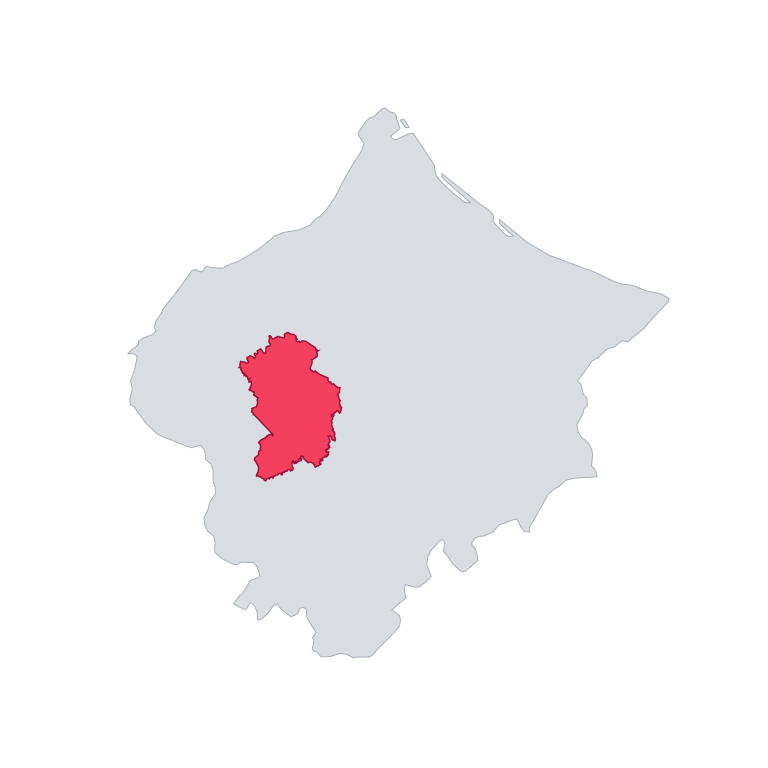 location of Hambol, Vallée du Bandama, Ivory Coast, rotated 225°
{"feature_id": "98640826B80955316471767", "entity_name": "Hambol", "entity_type": "district", "adm_level": 2, "iso_a3": "CIV", "parent_name": "Ivory Coast", "parent_adm1": "Vallée du Bandama", "projection": "natural_earth1", "projection_center": [-4.861, 8.622], "detail": "fine", "context": "in_parent", "style": "filled", "palette": "rose", "viewbox_px": 768, "rotation_deg": 225, "n_neighbors": 0, "source": "geoboundaries", "source_scale": "gbopen_adm2", "svg_char_len": 9738}
<svg xmlns="http://www.w3.org/2000/svg" viewBox="0 0 768 768"><g transform="rotate(225 384 384)"><path d="M212.1,168.3L214.2,168.2L219.6,166.3L224.6,162.2L229.2,153.5L235.4,146.5L242.4,147.0L244.5,145.7L247.0,145.5L249.9,150.0L252.8,153.6L254.9,153.6L256.5,160.3L269.2,163.1L274.7,164.9L279.3,169.7L280.9,169.8L282.9,168.8L284.4,167.1L284.7,165.3L282.7,160.9L283.6,157.0L285.6,153.5L288.9,153.2L293.9,152.3L299.6,152.3L303.8,152.9L305.5,149.4L303.9,139.5L304.3,134.1L305.0,129.5L306.6,127.6L312.9,133.4L318.7,135.5L322.9,135.6L324.0,134.5L322.3,128.3L322.7,126.4L324.3,125.3L327.0,124.6L334.4,122.1L335.1,122.6L336.5,132.5L335.9,135.7L337.4,142.5L339.3,148.7L339.2,151.2L337.6,155.1L335.7,158.7L335.9,160.1L338.9,162.5L344.5,165.0L350.3,165.6L353.6,162.0L357.0,159.0L359.3,156.4L360.1,152.4L363.8,149.6L374.4,146.0L384.1,145.4L386.5,146.6L390.8,152.1L396.4,155.8L404.9,155.3L411.0,157.6L416.4,161.8L419.9,171.1L423.9,177.8L425.6,187.4L431.7,192.4L436.5,194.7L443.1,201.6L449.9,205.2L456.9,204.4L460.2,208.0L465.4,210.6L470.6,210.8L475.2,202.7L481.3,199.6L496.7,193.2L502.8,190.3L508.9,188.4L523.7,187.9L537.5,189.8L544.3,191.3L549.0,190.2L553.4,194.0L558.0,202.0L561.8,204.6L565.6,207.3L568.5,213.6L571.8,219.9L573.7,222.7L577.8,228.8L581.4,228.9L584.8,226.3L586.3,224.3L587.0,228.4L585.7,235.0L586.0,239.1L587.9,240.6L586.9,245.9L582.8,254.9L582.8,260.2L586.8,261.8L589.7,267.4L591.5,277.1L593.2,280.3L593.4,282.3L596.3,305.5L600.0,328.9L597.7,332.0L594.5,332.9L592.5,334.0L591.9,336.1L593.2,339.3L592.4,342.2L588.4,344.3L579.9,351.7L579.3,354.6L577.0,361.0L575.2,364.8L572.4,372.0L568.0,390.9L566.3,406.6L566.1,411.4L564.4,414.8L562.4,419.7L553.1,433.1L548.4,444.1L549.0,448.9L549.2,453.7L547.8,457.2L548.1,466.4L549.3,474.2L550.9,481.8L557.7,503.4L561.2,516.5L563.4,527.1L565.3,534.2L567.1,537.1L567.9,539.8L577.9,541.8L579.8,543.3L582.6,557.1L582.1,563.3L580.1,565.7L580.2,570.9L579.8,577.5L578.3,580.1L572.7,580.4L568.9,582.9L563.9,581.9L563.4,580.3L560.7,579.7L553.3,576.0L554.5,564.0L551.0,563.5L548.4,565.1L543.1,579.4L540.6,581.9L503.5,574.5L495.4,568.5L485.8,567.2L469.0,567.9L455.1,569.6L451.1,573.3L486.1,571.1L489.9,571.5L491.7,573.7L447.4,578.5L430.5,581.3L425.5,580.5L421.7,575.9L403.4,575.4L399.6,576.9L397.3,580.2L404.6,579.5L416.0,579.3L419.0,581.9L383.3,585.3L358.6,591.7L348.1,596.5L313.6,612.2L292.5,619.6L287.0,622.4L277.4,630.0L265.1,634.9L251.3,643.9L242.9,645.9L241.0,643.0L240.8,627.8L239.6,607.3L240.1,599.5L241.2,592.1L241.2,586.0L245.4,583.7L246.5,581.2L247.2,573.2L251.1,566.0L251.2,553.4L252.3,550.7L253.2,547.4L251.6,539.1L249.4,523.5L248.3,522.5L247.4,523.2L245.2,523.4L236.5,518.0L229.9,517.1L225.2,512.5L224.9,507.3L222.6,504.2L221.0,498.1L218.7,491.2L212.1,487.0L205.9,485.9L201.5,486.8L196.3,486.6L190.4,484.2L186.4,481.6L182.5,476.5L178.9,472.5L176.1,473.0L172.6,472.0L169.2,470.2L168.0,468.7L182.4,452.5L187.3,444.6L187.8,439.8L187.9,434.9L189.5,429.8L189.9,422.2L182.0,394.4L180.0,385.8L177.9,383.3L176.5,382.4L180.5,378.8L186.1,379.7L194.5,382.5L196.4,379.8L202.8,365.8L202.7,360.5L202.0,357.0L205.8,347.4L208.8,343.6L210.4,339.6L209.9,334.2L207.6,332.1L204.7,332.5L201.1,331.2L195.7,328.0L193.0,325.2L193.8,312.5L194.3,308.6L196.3,306.4L199.2,305.7L207.6,305.4L214.4,306.8L220.4,307.6L223.6,307.6L226.2,311.4L229.6,315.2L232.6,315.2L233.7,312.3L233.0,299.8L231.0,293.2L226.4,286.8L214.6,281.4L214.4,273.8L215.6,265.5L218.1,262.5L226.9,257.2L225.4,254.4L222.6,251.4L217.0,248.4L218.3,238.5L218.6,229.7L213.9,230.7L209.1,231.2L205.0,228.4L201.6,223.1L201.0,208.4L201.1,191.4L200.4,183.8L201.8,179.8L205.9,176.1L210.5,171.3L212.1,168.3ZM559.1,582.1L557.1,585.4L547.8,583.3L550.0,580.5L559.1,582.1Z" fill="#d9dde1" stroke="#a8b0b8" stroke-width="1"/><path d="M394.7,333.2L395.5,333.9L395.8,334.5L395.7,334.9L396.8,336.2L397.3,337.5L398.1,337.5L398.9,337.0L399.2,337.5L400.3,338.2L401.5,338.5L403.0,340.4L403.3,341.3L404.2,341.3L405.4,341.7L407.8,343.3L409.4,343.9L409.6,346.5L412.7,350.3L414.1,348.8L417.6,348.4L418.8,348.7L420.0,348.2L420.3,347.7L421.0,347.1L421.9,347.3L422.5,347.0L423.1,347.7L423.6,346.7L425.5,346.9L426.5,347.3L428.0,348.6L436.3,345.3L441.4,344.6L441.7,344.7L442.0,343.9L441.6,343.4L443.3,342.6L445.5,342.3L446.6,342.5L447.5,343.1L449.7,347.9L452.0,350.1L450.8,356.0L451.2,356.0L451.4,357.0L452.1,357.8L453.0,358.4L453.5,358.5L454.3,359.0L454.0,360.0L454.0,361.0L454.3,360.5L455.0,360.3L455.7,360.9L456.3,360.9L456.7,360.6L456.7,360.2L457.2,360.7L458.6,361.2L462.4,360.2L469.7,358.8L472.5,356.5L472.5,354.4L473.5,354.0L474.1,354.3L474.3,354.2L475.4,352.3L476.2,352.4L477.2,352.8L477.1,354.4L478.4,353.9L479.7,355.4L482.7,355.3L483.4,354.9L483.4,354.2L484.3,354.0L484.8,353.5L485.6,353.4L486.0,352.8L487.1,353.0L487.9,352.8L488.6,352.2L489.0,351.5L489.1,350.3L489.6,348.6L488.7,348.3L487.4,346.5L487.3,346.0L490.0,343.9L491.5,343.4L492.7,342.4L492.9,342.1L493.1,340.9L493.8,339.5L493.7,338.2L494.0,337.8L494.5,337.3L495.7,337.1L496.4,337.2L497.1,337.6L498.6,337.6L499.0,337.3L499.0,336.4L497.7,336.0L496.3,333.9L495.5,333.1L495.3,332.5L493.5,331.8L492.5,331.9L491.9,331.3L491.7,330.4L491.8,329.8L493.2,328.1L493.5,327.1L492.9,325.9L491.1,324.2L489.8,322.2L490.3,321.1L491.2,320.8L495.5,321.6L496.1,321.5L496.3,321.2L496.4,319.3L497.0,318.2L497.0,317.7L495.5,317.0L494.7,315.9L495.1,315.4L496.4,315.1L497.2,313.8L497.0,313.5L495.5,313.0L494.6,313.2L494.2,312.5L493.8,310.9L494.0,310.4L495.5,310.7L498.5,309.3L498.7,309.1L498.8,307.7L499.4,306.7L499.4,305.9L499.1,305.2L497.8,304.5L495.4,303.8L495.3,302.9L495.5,302.0L495.9,301.5L498.3,300.9L500.0,299.3L501.3,298.7L500.0,296.3L498.1,294.4L498.1,293.3L497.3,294.1L496.3,293.8L496.3,294.2L496.0,294.1L495.9,293.9L495.5,293.8L495.6,293.2L495.3,292.9L494.8,292.8L494.1,293.0L493.9,292.7L491.7,291.7L491.0,292.8L490.6,292.2L490.0,292.3L489.8,291.7L488.9,291.1L488.8,291.6L489.0,291.7L489.0,292.4L488.2,291.9L487.8,292.1L487.8,292.5L487.6,292.5L486.7,291.8L486.5,292.7L486.2,292.8L485.4,292.5L484.6,291.7L484.3,291.7L483.5,291.2L482.8,292.3L482.8,291.3L480.9,289.9L480.5,290.1L480.8,290.6L480.3,290.7L480.3,291.3L479.9,291.6L480.0,291.8L479.4,291.8L478.5,290.8L477.6,290.3L477.3,289.4L476.8,289.0L476.5,287.5L475.8,287.5L475.7,287.1L476.0,286.9L475.9,286.4L475.4,285.9L475.6,285.0L475.2,284.6L474.8,284.7L474.6,285.1L474.2,284.6L473.4,285.3L472.9,285.5L471.8,285.5L471.5,285.6L471.3,286.2L470.4,286.1L469.9,286.5L469.3,286.0L468.4,284.0L465.7,284.7L464.2,284.7L463.4,285.2L462.4,282.8L461.2,282.6L460.7,281.8L459.7,280.8L458.3,277.8L458.3,277.1L459.0,276.1L460.0,273.4L460.0,273.2L459.1,273.4L458.9,272.2L457.9,270.7L457.3,270.7L456.5,271.0L455.1,270.5L455.1,270.2L454.7,269.9L453.7,270.4L451.1,270.4L426.3,269.7L426.2,269.6L426.3,268.7L427.0,268.8L427.2,269.4L427.9,268.5L428.5,268.3L428.4,267.9L428.7,267.3L429.4,267.0L429.5,265.6L430.1,264.9L429.7,264.4L429.9,263.6L429.9,262.2L431.4,257.3L431.5,255.1L430.8,253.8L430.6,253.8L430.2,254.4L428.0,253.1L427.5,253.3L426.8,252.5L426.5,251.5L426.1,251.3L426.0,250.9L424.5,250.2L424.9,248.9L424.8,248.4L425.0,247.9L424.3,247.3L424.2,246.8L423.6,246.1L422.7,245.6L423.0,240.6L422.2,238.9L421.7,238.6L419.8,238.4L415.4,237.2L413.5,236.3L410.9,232.9L410.0,229.9L409.4,229.4L409.3,228.8L409.0,228.7L408.5,230.1L407.8,230.0L407.1,230.4L406.2,230.4L405.9,230.8L403.7,231.3L403.4,231.1L402.2,231.9L400.7,231.4L399.5,231.6L399.3,232.3L399.4,233.3L400.1,233.7L399.8,234.6L399.1,235.1L398.9,235.7L398.4,235.8L399.1,236.3L399.1,236.5L398.1,236.9L398.5,237.8L397.8,238.3L397.7,238.9L397.3,239.3L396.0,239.0L396.1,239.4L396.9,240.6L396.0,241.4L396.3,242.1L396.0,243.0L394.9,244.7L395.3,245.3L395.0,245.6L395.1,246.1L394.9,246.6L394.5,246.9L394.4,247.5L393.7,247.9L392.5,247.2L392.1,247.6L393.3,248.1L393.4,248.4L393.3,248.6L392.4,248.7L393.2,249.7L393.2,250.0L391.9,251.0L392.6,252.1L390.9,253.7L391.4,255.2L391.4,255.7L390.0,256.8L388.5,256.5L388.5,257.7L387.8,258.4L388.1,259.4L388.8,260.3L391.3,261.1L392.6,262.2L394.0,264.5L393.8,265.4L392.4,264.5L391.6,264.3L390.8,264.7L390.6,265.1L390.7,265.4L391.4,265.2L392.0,265.9L392.0,266.5L391.4,267.3L390.4,266.2L390.0,266.3L389.9,268.6L389.5,269.5L391.1,270.4L390.7,272.2L388.5,271.1L388.5,271.6L389.4,272.9L391.0,273.3L391.7,273.9L391.6,274.4L389.8,275.7L388.9,274.6L388.0,274.7L386.9,274.3L384.7,274.8L384.1,274.6L383.6,275.0L383.1,274.7L382.3,274.6L381.7,275.0L381.4,276.3L380.9,276.9L377.6,278.0L377.4,277.6L376.8,277.4L375.6,277.6L375.0,276.9L373.8,276.6L373.6,276.8L373.5,277.7L373.6,278.5L373.5,278.8L372.9,279.1L372.6,279.7L372.6,280.6L371.9,282.4L372.1,282.9L372.5,283.1L373.2,282.3L374.0,283.1L374.7,283.3L374.8,283.5L374.2,283.9L373.9,284.6L375.1,285.1L376.1,285.8L375.7,286.1L374.4,286.1L373.3,286.5L373.6,287.2L374.4,287.3L375.2,287.9L375.3,288.1L375.0,288.6L375.0,289.2L374.6,289.4L374.7,290.4L374.2,290.7L374.5,291.3L374.4,292.1L373.1,292.0L373.2,293.1L373.8,294.0L373.8,294.3L373.4,294.4L373.4,294.9L374.3,295.5L375.0,296.8L375.4,296.6L375.6,296.0L376.4,295.2L376.8,295.7L377.2,295.6L378.3,296.0L378.3,296.5L378.7,297.2L378.4,297.6L377.7,297.1L377.4,297.8L378.0,298.9L377.5,299.2L378.2,300.0L377.7,300.2L377.5,300.6L377.5,300.9L379.1,301.6L379.5,301.5L379.4,301.1L380.7,301.7L380.6,302.6L381.7,303.5L381.3,304.9L382.7,306.0L384.7,306.7L385.5,307.6L386.6,307.8L385.9,308.3L385.4,309.1L384.7,309.5L383.4,308.9L383.0,308.4L381.7,308.0L381.2,308.3L380.5,308.2L380.1,308.8L378.7,308.9L378.5,309.5L378.8,310.1L380.5,311.3L382.2,312.0L383.5,313.8L384.4,314.6L386.7,315.0L387.6,314.7L387.8,315.8L388.3,316.5L389.3,316.4L390.0,317.1L390.6,317.1L392.5,318.4L393.7,320.3L395.4,320.9L395.6,322.9L395.8,323.2L396.3,323.5L396.9,323.4L398.4,324.1L399.5,325.4L399.5,325.6L398.8,325.6L397.5,324.8L396.9,325.0L397.4,326.6L398.9,328.0L398.2,329.6L398.5,331.6L397.9,332.4L394.8,332.1L394.7,333.2Z" fill="#f43f5e" stroke="#9f1239" stroke-width="1.5"/></g></svg>